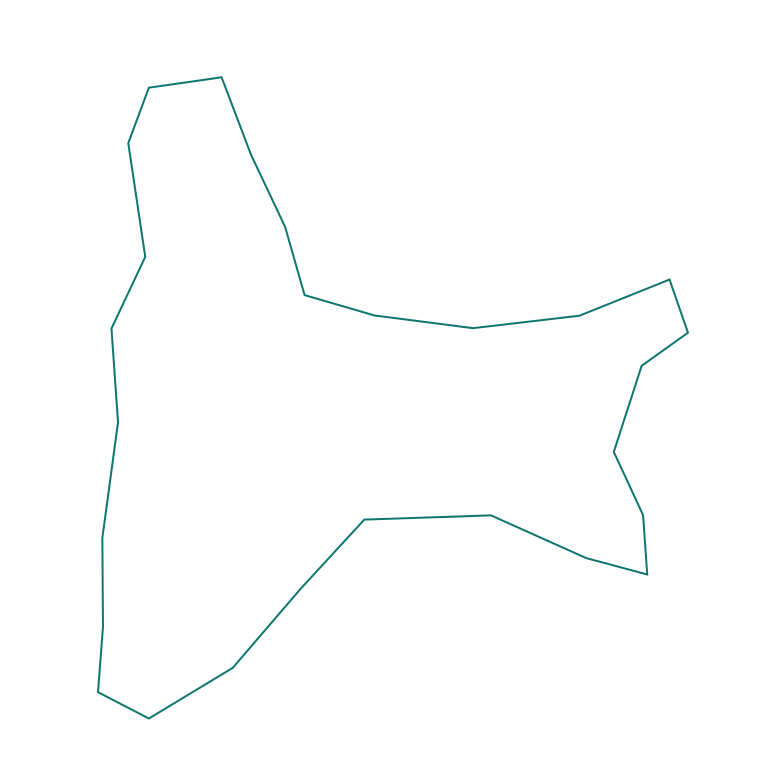 the border of Christmas Island, rotated 176°
{"feature_id": "IOA-2652", "entity_name": "Christmas Island", "entity_type": "state/province", "adm_level": 1, "iso_a3": "IOA", "parent_name": "Indian Ocean Territories", "parent_adm1": "", "projection": "albers", "projection_center": [105.657, -10.498], "detail": "fine", "context": "isolated", "style": "outline", "palette": "teal", "viewbox_px": 768, "rotation_deg": 176, "n_neighbors": 0, "source": "natural_earth", "source_scale": "10m", "svg_char_len": 497}
<svg xmlns="http://www.w3.org/2000/svg" viewBox="0 0 768 768"><g transform="rotate(176 384 384)"><path d="M641.9,66.7L690.8,96.5L681.3,161.1L675.7,250.1L652.0,364.3L652.0,458.3L613.3,527.5L622.3,642.1L597.9,696.0L524.6,701.3L500.6,621.8L471.7,547.7L457.0,478.2L388.7,453.0L291.4,433.5L184.3,438.5L91.9,468.3L77.2,414.0L125.7,384.2L159.5,300.2L134.7,235.2L134.7,175.6L194.4,196.2L286.5,245.5L413.1,250.1L481.1,185.9L554.7,111.4L641.9,66.7Z" fill="none" stroke="#0f766e" stroke-width="2"/></g></svg>